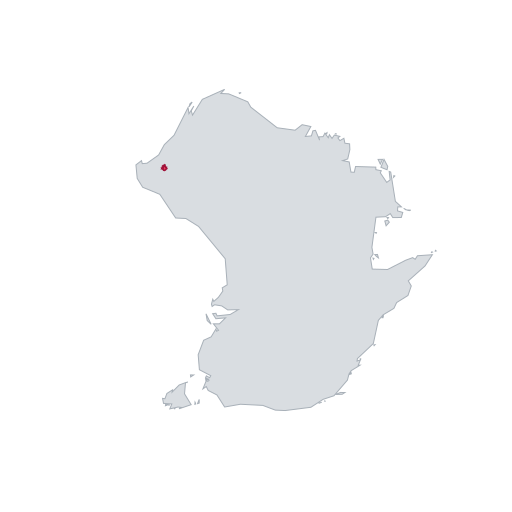 Quairading, Western Australia, Australia shown in context, rotated 55°
{"feature_id": "25037944B17943761568072", "entity_name": "Quairading", "entity_type": "district", "adm_level": 2, "iso_a3": "AUS", "parent_name": "Australia", "parent_adm1": "Western Australia", "projection": "orthographic", "projection_center": [117.41, -32.015], "detail": "fine", "context": "in_parent", "style": "filled", "palette": "rose", "viewbox_px": 512, "rotation_deg": 55, "n_neighbors": 0, "source": "geoboundaries", "source_scale": "gbopen_adm2", "svg_char_len": 5046}
<svg xmlns="http://www.w3.org/2000/svg" viewBox="0 0 512 512"><g transform="rotate(55 256 256)"><path d="M361.1,123.2L363.7,145.5L369.6,146.0L375.5,154.2L374.8,167.5L378.0,173.1L377.1,185.6L378.9,192.7L395.0,210.1L398.2,231.8L400.0,233.5L401.0,230.1L404.1,234.9L405.1,233.4L404.5,243.8L406.0,247.5L410.1,252.3L415.2,272.3L411.9,283.2L411.4,297.8L399.3,320.8L393.3,328.6L382.3,336.1L368.5,353.8L361.7,368.3L347.4,367.7L338.7,372.3L334.4,371.6L334.4,375.7L329.7,368.4L331.0,367.4L331.0,365.9L329.8,365.5L326.9,367.3L325.7,365.4L329.1,363.8L328.1,361.7L316.7,367.6L303.7,360.0L295.0,347.2L296.5,339.1L292.8,330.7L295.0,331.4L295.4,329.3L287.1,329.8L290.6,324.9L289.2,316.4L284.4,324.8L278.4,324.6L279.9,321.7L282.7,322.2L289.1,310.7L289.8,301.2L283.9,310.1L277.2,312.7L272.2,317.9L272.2,320.9L269.9,320.1L266.6,316.2L269.0,316.6L268.3,310.5L265.7,303.3L262.7,301.9L263.1,296.1L240.6,282.8L198.8,286.1L185.1,291.9L178.8,300.0L150.3,299.4L134.7,309.4L124.3,308.8L112.5,302.1L112.2,295.1L115.1,296.2L117.5,292.0L117.4,277.8L112.2,267.2L110.1,253.9L95.4,226.5L101.0,229.3L97.5,220.9L100.0,225.8L104.2,227.2L96.9,210.1L101.5,186.1L102.7,191.6L107.5,185.4L125.0,174.3L131.1,174.9L163.1,165.1L175.4,151.8L174.9,142.9L181.4,136.8L186.4,147.0L189.4,141.7L186.1,137.6L187.2,135.2L197.6,137.5L194.4,136.3L196.7,132.6L194.9,129.1L200.6,129.0L198.7,126.3L203.3,126.3L201.9,122.5L206.1,118.7L206.3,121.2L209.6,121.1L210.0,116.5L214.6,118.5L217.8,115.0L222.7,118.1L229.1,125.2L227.6,130.3L232.4,125.7L241.7,130.1L243.8,127.5L239.8,123.1L251.9,106.9L254.0,108.3L258.0,104.5L259.2,106.5L270.7,106.7L270.6,102.5L263.1,98.4L264.5,97.5L291.2,110.5L299.2,108.7L297.1,111.7L300.2,114.2L304.5,110.8L307.8,114.9L303.0,121.9L298.3,121.7L298.1,127.4L293.0,135.5L315.4,156.1L321.6,159.0L323.2,163.3L333.4,168.3L342.5,156.0L345.3,135.9L347.2,128.6L350.0,127.5L348.4,123.6L356.1,110.8L361.1,123.2ZM319.3,386.4L327.9,393.6L340.6,394.4L337.0,406.7L337.0,404.3L335.0,406.5L331.8,414.3L328.9,409.8L323.7,416.3L319.0,414.2L320.7,412.5L317.5,407.8L317.8,401.1L319.4,402.8L317.6,392.9L319.3,386.4ZM250.3,95.7L258.2,96.7L260.5,99.2L255.0,102.8L250.3,95.7ZM274.7,330.1L286.2,331.9L280.9,333.0L274.7,330.1ZM304.8,127.4L305.9,132.1L301.2,130.4L302.2,127.5L304.8,127.4ZM415.1,270.2L416.2,265.1L418.8,261.5L418.7,264.7L415.1,270.2ZM340.9,384.8L343.9,386.9L343.4,388.6L340.9,384.8ZM249.4,96.9L252.0,101.5L246.9,100.6L249.4,96.9ZM317.6,378.9L315.8,377.9L317.7,375.3L317.6,378.9ZM327.8,156.8L325.4,157.6L323.0,157.9L324.4,155.6L327.8,156.8ZM95.4,225.3L93.4,222.8L93.2,220.5L93.5,220.4L95.4,225.3ZM342.1,390.0L342.9,391.5L340.8,389.8L342.1,390.0ZM405.7,244.9L407.2,245.5L406.6,247.7L405.7,244.9ZM377.7,185.5L379.4,187.4L378.9,188.1L377.7,185.5ZM327.2,414.1L326.7,416.1L325.7,415.1L327.2,414.1ZM413.5,286.0L412.8,288.7L412.7,288.6L413.5,286.0ZM270.4,98.2L269.2,96.9L270.1,96.4L270.4,98.2ZM306.8,104.4L304.7,106.2L307.2,102.9L306.8,104.4ZM414.6,282.7L413.7,283.4L414.4,282.6L414.6,282.7ZM306.3,144.6L305.2,144.8L305.9,143.9L306.3,144.6ZM301.0,126.6L299.6,126.6L300.5,125.4L301.0,126.6ZM113.7,174.5L113.4,176.4L112.7,176.2L113.7,174.5ZM354.0,109.2L353.8,110.7L353.4,109.5L354.0,109.2ZM329.6,366.2L329.6,367.2L329.3,366.8L329.6,366.2ZM304.2,106.7L301.6,107.7L304.3,106.4L304.2,106.7ZM202.1,120.4L201.1,121.3L201.8,120.2L202.1,120.4ZM328.4,412.9L327.7,413.1L328.3,412.5L328.4,412.9ZM326.1,161.8L324.8,161.4L325.6,160.7L326.1,161.8ZM196.5,127.9L195.7,128.5L195.7,127.1L196.5,127.9ZM334.6,410.2L333.5,410.5L334.2,409.5L334.6,410.2ZM355.2,105.5L354.9,106.4L354.3,105.8L355.2,105.5ZM328.7,367.3L329.3,368.5L327.9,367.8L328.7,367.3ZM397.2,210.7L396.4,210.5L396.9,209.4L397.2,210.7ZM400.4,229.7L400.0,229.6L400.5,228.8L400.4,229.7ZM320.2,385.0L319.7,385.7L319.8,384.7L320.2,385.0Z" fill="#d9dde1" stroke="#a8b0b8" stroke-width="1"/><path d="M129.8,282.8L130.0,282.8L130.0,282.7L130.1,282.8L130.1,282.7L130.2,282.8L130.4,282.8L130.4,282.7L130.6,282.7L130.8,282.7L130.8,282.8L130.9,282.7L131.0,282.7L131.3,282.7L131.6,282.5L131.8,282.5L132.0,282.5L132.3,282.5L132.5,282.5L132.5,282.4L132.8,282.4L132.9,282.2L133.0,282.2L133.3,282.1L133.3,281.9L133.3,281.7L133.5,281.5L133.5,281.4L133.6,281.2L133.5,280.7L133.5,280.4L133.4,280.3L133.4,280.2L133.3,279.9L133.3,279.7L133.3,279.4L133.3,279.2L133.3,278.9L133.2,278.9L132.9,278.9L132.7,278.9L132.7,279.0L132.3,279.0L132.2,279.1L131.9,279.1L131.7,279.0L131.7,278.9L131.6,279.0L131.5,278.9L131.3,278.9L131.2,278.8L130.5,279.1L130.4,279.1L130.2,279.2L129.9,279.0L130.0,279.0L129.9,278.9L129.9,279.0L129.8,278.9L129.8,279.0L129.8,278.9L129.7,278.9L129.7,278.7L129.4,278.7L129.1,278.7L129.1,278.8L129.0,279.0L129.2,279.3L128.9,279.5L129.0,279.7L129.0,279.8L128.8,279.9L128.7,280.0L128.6,280.3L128.8,280.5L128.8,280.4L128.8,280.5L128.9,280.4L129.0,280.4L129.0,280.5L129.0,280.4L129.1,280.5L129.3,280.6L129.5,280.7L129.5,280.8L129.8,281.0L129.7,281.0L129.8,281.1L129.7,281.1L129.8,281.2L129.7,281.3L129.8,281.4L129.8,281.5L129.7,281.5L129.8,281.7L129.8,281.8L129.8,282.0L129.9,282.3L129.9,282.5L129.8,282.8Z" fill="#f43f5e" stroke="#9f1239" stroke-width="1.5"/></g></svg>